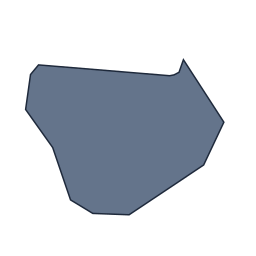 the district of Jenkins, Georgia, United States of America, rotated 255°
{"feature_id": "52423323B65299920660671", "entity_name": "Jenkins", "entity_type": "district", "adm_level": 2, "iso_a3": "USA", "parent_name": "United States of America", "parent_adm1": "Georgia", "projection": "natural_earth1", "projection_center": [-81.944, 32.78], "detail": "fine", "context": "isolated", "style": "filled", "palette": "slate", "viewbox_px": 256, "rotation_deg": 255, "n_neighbors": 0, "source": "geoboundaries", "source_scale": "gbopen_adm2", "svg_char_len": 351}
<svg xmlns="http://www.w3.org/2000/svg" viewBox="0 0 256 256"><g transform="rotate(255 128 128)"><path d="M212.1,57.9L204.9,47.7L172.4,33.9L128.6,50.2L73.4,53.9L54.6,71.9L43.9,106.6L45.2,110.4L72.7,191.5L108.8,222.1L134.2,213.9L179.6,199.2L168.6,191.7L167.4,186.2L167.7,181.8L212.1,57.9Z" fill="#64748b" stroke="#1e293b" stroke-width="1.5"/></g></svg>